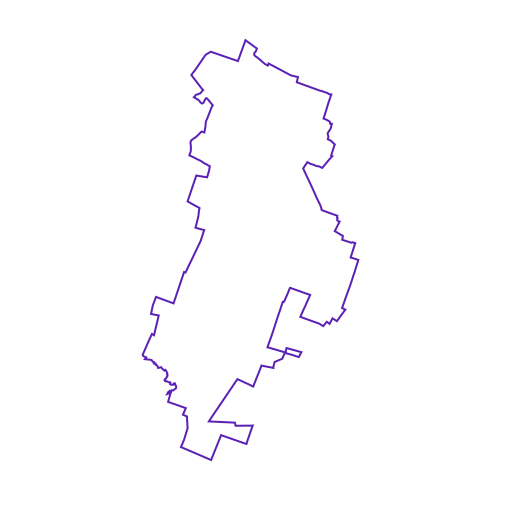 Tzucacab, Quintana Roo, Mexico (Mercator projection), rotated 12°
{"feature_id": "50627088B84672530546512", "entity_name": "Tzucacab", "entity_type": "district", "adm_level": 2, "iso_a3": "MEX", "parent_name": "Mexico", "parent_adm1": "Quintana Roo", "projection": "mercator", "projection_center": [-89.047, 19.921], "detail": "fine", "context": "isolated", "style": "outline", "palette": "violet", "viewbox_px": 512, "rotation_deg": 12, "n_neighbors": 0, "source": "geoboundaries", "source_scale": "gbopen_adm2", "svg_char_len": 5996}
<svg xmlns="http://www.w3.org/2000/svg" viewBox="0 0 512 512"><g transform="rotate(12 256 256)"><path d="M318.9,345.9L320.4,340.6L305.0,339.7L305.0,341.5L304.8,342.0L304.8,342.4L305.3,344.3L297.2,343.7L295.0,343.5L293.0,343.4L289.0,343.1L286.2,342.9L286.5,340.5L286.8,338.4L287.0,336.9L287.2,335.6L288.1,328.4L289.1,318.6L289.4,315.6L290.5,306.0L290.8,304.0L291.0,301.5L291.6,296.5L291.6,296.1L291.7,295.4L292.7,295.2L293.2,293.6L294.0,289.8L294.4,288.1L295.1,284.3L295.7,280.8L295.9,280.1L296.3,280.0L296.5,280.1L302.4,280.9L307.0,281.5L312.1,282.2L317.1,282.8L316.0,287.8L315.4,290.4L315.0,292.7L313.9,297.6L313.6,298.7L312.8,302.6L312.0,306.3L315.6,306.8L320.6,307.5L331.8,309.0L336.4,310.6L338.9,305.6L342.1,307.1L343.8,301.1L348.7,302.9L354.5,289.9L351.0,289.0L352.5,277.5L353.1,273.2L354.3,264.6L355.2,256.3L355.6,252.3L355.8,251.0L356.8,239.9L356.9,238.6L354.4,238.3L351.5,238.0L348.9,237.8L350.0,226.3L350.4,222.8L347.5,222.5L346.7,223.2L337.0,222.2L336.8,218.3L327.9,215.3L330.6,205.0L330.1,205.0L329.3,204.8L328.9,204.7L327.8,203.9L328.0,201.9L327.3,201.6L327.1,199.7L319.4,198.7L315.5,198.1L311.1,197.5L310.2,196.7L310.2,196.0L309.3,194.5L308.0,192.5L303.0,186.2L300.2,182.2L294.8,174.9L291.0,169.9L288.2,166.3L283.9,160.5L286.1,155.1L286.7,153.5L290.2,154.6L293.5,154.8L295.2,155.2L296.6,155.5L298.3,155.2L299.2,155.4L299.6,155.3L299.8,155.4L301.0,155.7L302.5,156.1L304.5,152.2L306.4,148.6L307.9,145.8L309.9,142.5L308.6,142.2L309.1,137.4L309.4,134.6L309.7,131.3L309.9,130.5L305.8,128.0L304.1,127.4L302.0,126.9L302.0,124.0L300.8,122.0L300.6,120.9L300.7,120.5L301.3,119.1L302.1,116.9L302.5,115.9L302.7,110.9L301.0,111.1L301.0,110.7L300.1,109.2L296.8,108.1L293.5,107.5L293.6,106.3L293.8,104.3L293.9,104.0L293.9,103.6L294.4,98.1L294.6,96.1L294.7,94.2L294.9,92.3L295.0,91.8L295.0,91.7L295.0,91.1L295.0,90.7L295.0,90.4L295.1,90.1L295.2,89.5L295.2,89.2L295.3,88.9L295.3,88.5L295.5,87.2L295.9,83.4L295.9,83.2L296.1,82.3L295.6,82.3L295.3,82.4L294.9,82.6L294.1,82.5L293.8,82.4L293.3,82.3L293.2,82.2L292.8,82.1L292.6,82.0L291.9,81.7L290.1,81.5L289.4,81.4L288.9,81.4L288.4,81.3L286.6,81.1L286.0,81.0L285.2,80.9L284.3,81.0L283.7,80.9L259.8,77.6L259.8,76.6L259.8,72.2L258.5,72.2L257.8,72.2L252.8,72.1L252.5,72.1L249.6,71.2L247.1,70.5L246.4,70.3L245.1,69.9L244.4,69.7L242.0,69.0L241.1,68.8L240.6,68.6L237.0,67.6L236.2,67.4L233.4,66.5L232.5,66.3L231.2,66.0L230.7,65.8L228.3,65.1L228.0,67.0L227.9,67.3L226.1,66.7L225.0,66.4L222.2,64.9L221.1,64.3L219.9,63.6L218.7,62.9L218.2,62.7L216.6,61.9L215.6,61.3L214.9,61.2L213.9,60.7L213.3,60.3L212.7,59.9L212.2,59.1L212.2,58.7L212.2,58.2L212.3,57.8L212.3,57.3L212.4,57.2L212.6,56.9L212.9,56.6L213.2,55.9L213.4,55.4L213.5,54.8L213.6,53.8L213.7,52.8L211.3,51.8L210.2,51.3L200.8,47.1L200.3,51.2L197.8,69.1L169.3,65.6L164.9,69.6L157.9,86.6L156.5,89.4L155.1,92.4L168.1,103.5L169.8,104.6L169.5,105.1L169.0,105.9L168.2,107.7L168.0,108.1L167.7,108.4L167.1,108.8L166.9,108.9L166.6,109.1L166.4,109.3L166.1,109.5L165.6,109.9L165.3,110.1L165.1,110.2L164.9,110.2L164.5,110.3L164.1,110.6L163.7,111.0L163.3,111.7L163.2,111.9L163.0,112.6L162.7,112.9L162.4,113.3L162.2,113.6L165.9,114.9L166.9,115.2L167.5,115.6L168.5,116.1L168.8,116.4L169.1,116.8L169.3,117.0L171.2,118.0L171.6,118.0L171.8,118.0L172.6,117.1L172.8,116.8L172.9,116.6L173.0,116.4L173.3,114.6L173.4,114.4L173.5,114.0L173.8,113.3L174.2,112.4L174.4,112.0L174.9,112.0L175.3,112.1L175.7,112.3L182.4,117.6L181.7,119.3L179.7,131.7L179.0,134.9L179.6,139.8L179.8,145.9L176.9,145.6L173.2,151.2L171.9,152.9L171.2,153.3L168.7,156.3L168.3,157.0L168.5,159.3L169.7,162.9L170.4,167.3L169.9,171.4L175.7,172.8L178.6,173.6L182.4,174.5L186.4,176.2L188.3,176.5L189.2,176.9L191.0,177.5L192.1,177.7L192.2,178.4L192.2,179.6L192.3,181.0L192.4,181.4L192.4,182.0L192.0,186.0L192.0,186.8L191.9,187.7L191.9,188.3L191.8,188.9L191.8,189.2L180.9,189.7L177.7,216.8L178.1,217.0L179.3,217.3L180.2,217.6L180.7,217.7L181.0,217.8L181.4,218.0L181.6,218.0L183.3,218.6L184.5,218.9L185.6,219.3L186.1,219.5L186.9,219.7L187.3,219.8L188.4,220.1L188.7,220.2L189.1,220.2L189.7,220.5L190.5,220.8L190.8,220.9L190.8,222.2L190.8,222.7L190.9,223.5L190.9,224.3L191.0,225.2L191.1,226.7L191.2,227.1L191.2,227.4L191.3,228.6L191.3,229.3L191.3,230.3L191.3,231.4L191.3,231.9L191.3,232.6L191.1,236.6L191.1,237.6L191.0,239.1L190.9,239.5L190.9,240.9L192.3,241.0L193.6,241.1L197.4,241.3L198.9,241.4L199.9,241.4L199.8,241.9L199.8,242.5L199.6,243.8L199.6,244.2L199.6,244.6L199.3,247.4L199.2,248.5L199.1,248.9L198.8,252.7L198.7,252.9L190.5,286.8L189.0,286.6L185.2,319.5L166.7,316.8L165.3,326.0L165.4,334.5L173.2,334.4L172.7,354.7L170.4,353.9L168.7,361.5L165.7,376.2L166.7,377.4L169.7,378.0L168.8,380.0L174.7,379.4L175.7,379.6L176.2,380.3L177.5,381.0L178.0,381.0L177.9,381.5L178.5,382.4L180.1,382.0L180.4,383.2L181.1,383.1L182.8,384.5L183.6,385.9L186.2,384.5L187.0,385.2L190.1,387.1L190.9,386.2L191.9,386.9L192.1,387.3L193.6,389.0L193.6,390.5L194.2,390.7L194.3,392.2L193.9,392.8L193.4,394.4L192.5,395.4L192.4,396.7L193.5,397.4L194.0,397.0L197.0,397.6L198.4,397.4L198.5,399.1L199.6,399.6L200.3,399.2L201.5,399.3L202.3,397.6L203.2,397.5L203.6,398.9L204.5,399.3L205.1,400.4L205.3,401.9L204.6,402.7L202.8,404.8L201.6,404.8L201.1,405.6L199.9,405.6L198.5,407.2L197.9,409.0L197.8,409.5L201.1,407.2L200.8,409.6L200.4,417.0L219.0,419.4L217.5,426.4L221.8,427.3L224.9,438.7L223.8,451.0L222.3,458.5L254.5,464.9L259.1,438.5L285.7,441.9L286.3,436.2L288.0,422.5L286.4,423.1L285.7,423.1L271.3,426.3L270.0,423.4L244.3,427.6L245.8,423.7L257.3,395.4L263.4,380.3L268.7,381.5L270.7,382.0L272.1,382.3L275.8,383.1L277.9,383.7L278.4,383.7L279.0,384.0L279.3,384.1L279.8,384.2L280.4,384.3L280.7,382.9L280.8,381.7L281.1,380.2L282.0,374.7L282.9,369.6L283.3,367.3L283.5,366.1L283.7,364.8L283.8,364.1L284.0,362.9L284.1,362.0L286.1,362.0L286.4,362.0L287.0,362.0L288.1,362.0L288.8,362.0L289.9,362.0L291.0,361.9L292.1,361.9L296.3,361.9L296.0,360.4L296.1,359.4L296.1,358.1L296.3,355.8L298.5,354.2L303.0,351.1L304.3,344.8L312.2,345.2L316.7,345.8L318.9,345.9Z" fill="none" stroke="#5b21b6" stroke-width="2"/></g></svg>